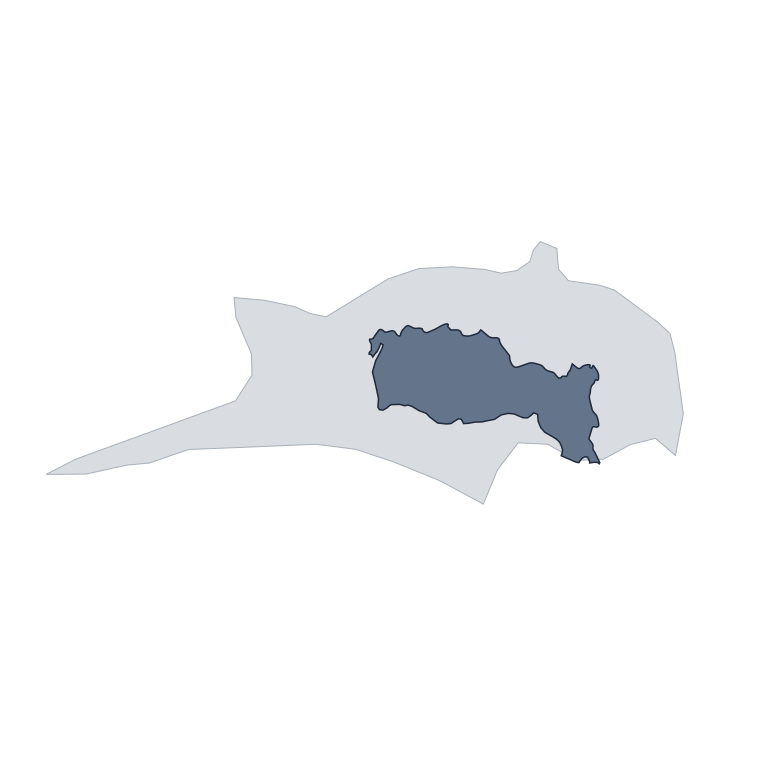 Cyprus, with Nicosia highlighted, rotated 196°
{"feature_id": "CYP-3464", "entity_name": "Nicosia", "entity_type": "District", "adm_level": 1, "iso_a3": "CYP", "parent_name": "Cyprus", "parent_adm1": "", "projection": "orthographic", "projection_center": [33.02, 35.04], "detail": "fine", "context": "in_parent", "style": "filled", "palette": "slate", "viewbox_px": 768, "rotation_deg": 196, "n_neighbors": 0, "source": "natural_earth", "source_scale": "10m", "svg_char_len": 4107}
<svg xmlns="http://www.w3.org/2000/svg" viewBox="0 0 768 768"><g transform="rotate(196 384 384)"><path d="M544.7,407.2L552.0,425.8L521.6,431.6L491.1,433.7L474.1,431.4L458.2,432.6L408.9,486.3L382.3,504.6L350.5,515.5L318.2,522.0L301.9,522.8L287.6,529.6L277.6,542.0L277.3,554.1L273.0,564.0L255.2,561.9L247.9,542.5L235.2,534.1L203.8,538.4L188.4,537.8L138.1,519.0L123.0,511.3L113.6,495.4L88.1,438.0L84.1,395.6L108.1,406.6L130.6,393.6L152.3,372.2L178.1,363.5L194.2,367.4L210.1,371.2L238.9,364.4L251.3,332.6L255.4,295.9L303.8,306.4L353.0,311.7L393.2,313.4L432.8,307.3L553.9,267.1L587.9,243.3L609.0,235.1L645.6,215.3L683.9,204.0L659.6,226.8L522.1,326.9L513.3,356.2L519.7,376.4L539.5,400.8L544.7,407.2Z" fill="#d9dde1" stroke="#a8b0b8" stroke-width="1"/><path d="M381.3,358.1L383.4,359.9L384.3,363.7L385.2,368.3L388.5,374.6L391.4,380.0L396.5,389.1L398.4,392.2L398.4,398.0L398.4,404.4L397.0,410.5L395.6,418.4L395.8,421.5L398.5,422.2L398.5,420.2L398.9,416.9L399.7,412.8L401.0,410.5L402.2,406.9L402.7,407.4L404.6,408.8L406.7,408.7L406.8,410.3L405.4,413.0L406.0,414.7L406.9,418.2L407.4,419.1L408.2,420.0L409.2,420.8L410.0,422.2L410.2,422.8L410.2,423.0L407.8,424.1L407.1,424.9L406.7,425.8L406.3,427.4L403.7,434.6L402.8,435.3L401.6,435.6L400.3,435.4L399.2,435.0L398.3,434.4L397.2,434.2L395.6,434.7L391.5,437.2L390.0,437.6L388.8,437.5L387.7,437.0L385.4,435.1L384.7,434.6L383.7,434.3L382.3,434.4L381.8,434.8L381.6,435.5L381.8,436.5L381.7,438.2L381.2,440.5L379.3,444.5L378.1,446.1L377.0,446.8L376.0,446.8L370.9,445.9L369.0,446.1L365.8,447.3L363.9,447.7L362.6,447.6L361.2,446.0L360.2,445.3L359.0,444.9L356.5,445.4L349.9,450.8L344.5,456.2L341.7,458.4L339.7,459.3L338.8,459.0L338.5,458.1L338.5,457.3L338.3,456.6L337.8,456.2L336.2,455.4L335.5,454.8L334.5,454.4L329.0,456.1L327.8,456.3L326.5,456.2L325.4,455.8L324.4,455.2L323.2,453.5L322.3,452.9L321.0,452.5L319.3,452.6L316.2,453.3L313.9,454.4L308.9,457.7L308.0,458.4L307.3,459.3L306.9,460.1L305.9,462.7L295.9,458.3L294.3,458.2L292.0,458.3L290.4,459.0L287.5,459.6L286.0,459.2L285.2,458.3L284.9,457.2L283.6,455.4L281.4,453.3L271.6,446.2L271.1,445.6L270.8,445.0L270.5,444.1L269.9,442.6L268.9,440.8L266.3,437.8L264.5,436.7L262.9,436.2L261.7,436.4L259.7,437.4L250.3,444.0L248.1,445.0L245.8,445.4L240.0,445.5L238.2,445.3L236.6,444.9L233.2,442.7L231.5,442.1L229.7,441.8L227.9,441.8L225.6,441.9L224.2,441.7L222.7,440.9L218.8,438.3L217.2,437.9L216.1,438.3L214.9,440.2L214.1,440.9L213.0,441.2L211.8,441.4L210.7,441.7L210.3,442.6L210.1,443.6L210.2,444.7L210.0,445.9L209.1,448.1L208.8,449.4L208.7,450.7L208.6,455.2L202.1,452.5L201.0,452.6L199.6,453.1L199.1,454.1L198.2,455.5L196.8,456.9L193.8,458.6L192.0,459.1L190.9,458.9L191.0,458.2L191.2,457.5L191.0,456.9L189.4,456.2L188.7,456.5L188.5,457.4L188.5,458.3L188.1,459.4L187.4,459.2L186.7,458.7L185.9,458.0L183.0,455.6L181.6,454.0L180.8,452.8L180.2,451.7L179.3,448.4L179.2,447.4L179.3,446.9L179.7,446.4L181.3,446.5L181.9,446.2L182.1,445.4L182.2,443.5L182.3,442.7L183.3,440.8L183.8,439.7L184.0,438.4L184.1,437.0L184.0,435.7L183.5,433.4L183.3,432.2L183.4,429.2L182.9,427.8L182.2,426.1L176.6,416.3L175.1,414.9L171.1,412.4L169.5,410.3L167.4,406.5L166.5,404.5L166.1,402.9L166.6,401.9L167.2,401.3L168.3,401.0L169.5,401.0L170.7,400.8L171.5,400.1L171.8,399.1L172.0,388.6L171.5,387.4L170.4,386.4L169.0,385.5L166.9,383.7L166.0,382.1L165.6,379.9L165.0,378.7L163.4,377.1L162.1,376.0L154.9,367.9L155.2,366.7L155.6,367.0L157.4,367.4L160.1,366.8L164.6,364.8L164.9,366.2L168.2,369.8L171.1,369.3L173.4,366.7L174.7,363.2L175.0,362.1L177.6,361.8L180.1,362.1L188.6,363.2L193.9,363.9L193.7,366.0L194.2,369.9L196.3,373.2L199.2,376.5L202.5,378.3L206.7,379.6L216.1,381.9L221.3,385.3L225.5,390.6L228.0,397.2L232.2,397.5L233.8,394.7L236.3,391.4L238.0,390.6L241.1,389.9L247.4,390.6L250.3,391.1L253.4,390.6L256.7,389.9L262.8,386.6L268.0,380.5L274.7,377.1L279.3,374.6L285.9,372.5L292.0,369.5L296.5,367.9L300.1,371.5L303.0,371.0L308.8,364.4L313.0,362.8L321.7,361.3L330.8,364.8L335.1,367.4L343.3,368.1L351.0,370.2L355.1,370.4L358.1,368.8L363.0,368.8L371.0,366.3L372.6,365.0L374.7,361.7L377.8,358.6L381.3,358.1Z" fill="#64748b" stroke="#1e293b" stroke-width="1.5"/></g></svg>